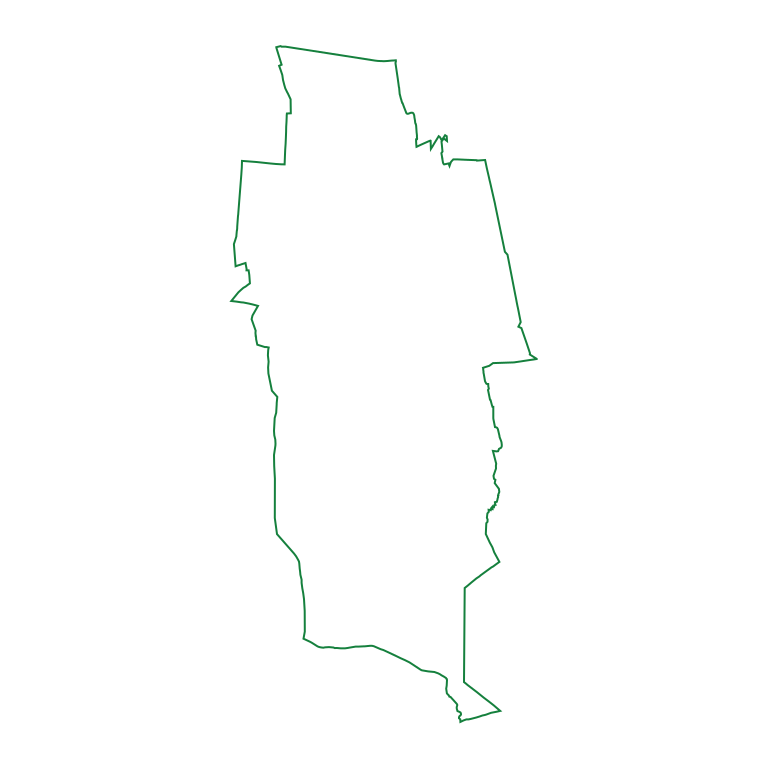 Corregidora, Querétaro, Mexico (Equal Earth projection)
{"feature_id": "50627088B75121451396907", "entity_name": "Corregidora", "entity_type": "district", "adm_level": 2, "iso_a3": "MEX", "parent_name": "Mexico", "parent_adm1": "Querétaro", "projection": "equal_earth", "projection_center": [-100.431, 20.478], "detail": "fine", "context": "isolated", "style": "outline", "palette": "green", "viewbox_px": 768, "rotation_deg": 0, "n_neighbors": 0, "source": "geoboundaries", "source_scale": "gbopen_adm2", "svg_char_len": 5909}
<svg xmlns="http://www.w3.org/2000/svg" viewBox="0 0 768 768"><path d="M317.4,646.3L318.5,646.8L319.9,647.2L321.6,647.5L323.4,647.7L324.7,647.4L325.7,647.3L329.0,647.1L333.4,647.5L334.9,648.1L335.8,648.0L337.0,648.0L340.4,648.3L342.3,648.3L345.3,648.3L348.1,647.9L349.1,647.7L355.6,646.6L358.6,646.6L362.3,646.4L365.0,646.3L370.1,645.8L372.0,645.8L373.8,646.2L380.7,649.2L383.3,650.0L396.1,656.0L399.8,657.8L400.4,658.1L404.9,660.1L409.5,662.4L420.6,669.7L421.8,670.3L424.1,670.7L428.2,671.4L434.4,672.0L438.3,673.4L440.2,674.4L441.5,675.3L443.7,676.5L446.0,678.0L446.4,678.8L446.7,678.9L446.8,679.4L447.0,679.9L446.7,685.6L446.2,688.7L446.9,693.4L447.7,694.3L448.8,695.4L449.4,696.7L450.5,696.9L456.8,703.9L457.3,705.0L456.7,707.2L456.8,708.8L457.5,711.1L459.5,711.9L460.5,712.5L460.9,713.4L461.0,714.5L460.5,715.4L459.6,716.0L459.0,717.2L459.0,718.2L460.3,719.4L460.3,720.0L460.4,721.9L463.6,720.4L466.4,719.4L468.5,719.4L470.9,718.9L476.3,717.5L479.6,716.5L482.4,715.5L484.8,715.0L486.2,714.6L491.1,712.8L495.8,711.9L497.7,711.5L500.2,710.9L493.8,705.4L491.0,703.2L489.2,701.8L483.8,697.7L476.5,691.8L476.2,691.6L468.1,685.4L467.7,685.1L465.7,683.4L464.0,682.1L464.7,588.0L467.5,585.8L471.5,582.4L474.7,579.8L475.9,578.8L476.4,578.4L479.4,576.4L480.6,575.3L491.7,567.2L492.4,566.9L492.9,566.6L493.1,566.5L496.2,564.2L499.4,561.9L494.2,552.3L492.4,547.3L489.8,542.6L485.8,534.0L486.3,523.2L487.5,521.8L487.6,519.5L486.9,517.8L487.4,513.4L488.8,511.8L488.6,509.8L490.7,510.2L490.8,509.2L492.2,509.2L491.4,507.9L492.5,506.6L492.8,507.8L493.9,507.4L494.5,504.9L495.5,504.9L494.9,502.5L494.9,502.2L496.8,501.8L497.4,499.8L497.5,499.3L497.6,498.5L498.1,497.3L498.0,495.6L498.4,495.4L498.3,494.4L498.7,493.5L499.3,491.9L498.9,488.8L494.7,483.1L495.4,479.8L494.0,478.8L493.5,475.8L496.0,468.5L495.9,465.8L496.2,463.7L492.9,450.9L496.6,451.4L498.1,451.2L499.0,448.9L501.1,447.7L501.7,446.5L501.8,445.0L501.5,442.3L501.1,441.0L499.6,437.1L499.4,435.6L497.9,429.2L497.1,427.8L495.8,427.2L495.0,427.1L493.4,419.1L493.3,418.0L493.3,406.9L492.5,406.9L491.9,405.1L490.6,400.2L490.4,399.8L490.0,399.7L488.2,390.8L488.1,390.4L488.0,390.0L488.8,388.7L488.3,386.3L488.2,384.0L487.8,384.0L487.4,384.0L486.5,383.8L486.0,383.1L485.4,382.0L485.0,381.1L483.8,374.1L483.5,372.8L483.5,371.7L483.4,370.8L483.3,370.2L483.2,369.4L483.2,368.6L483.0,367.8L489.3,365.8L493.0,363.1L514.0,362.4L536.7,359.0L536.7,358.9L529.8,354.5L530.0,353.3L526.8,343.7L521.4,328.1L518.4,326.7L520.7,322.1L520.5,321.1L518.8,312.5L518.8,312.4L517.7,307.0L517.6,306.7L516.7,302.2L516.0,298.4L515.2,294.4L507.5,254.7L504.9,251.8L495.4,206.0L494.9,203.4L491.2,187.2L490.9,185.8L489.9,181.5L489.7,180.8L489.0,177.6L486.8,168.1L485.1,160.0L480.9,160.3L476.9,160.6L476.7,160.2L471.5,160.0L466.3,159.8L457.5,159.4L455.5,159.4L453.3,159.4L451.5,161.3L450.9,162.1L450.4,163.5L449.8,165.1L449.5,166.0L449.1,165.0L448.8,163.4L444.1,164.4L443.9,164.2L443.6,163.9L443.4,163.6L443.3,163.4L443.2,163.1L443.0,162.7L442.2,158.2L442.3,158.2L441.4,153.3L441.4,153.2L441.5,153.0L441.5,152.9L441.8,152.5L441.9,152.4L442.1,152.2L442.2,151.9L442.3,151.8L442.5,151.6L441.8,144.3L441.6,142.7L441.5,141.6L443.8,138.4L445.7,140.0L447.0,141.0L446.9,139.4L446.8,137.7L446.7,136.2L446.0,135.8L445.1,135.2L444.3,136.4L444.0,136.9L443.1,138.2L441.9,139.8L441.6,140.2L440.0,137.2L438.7,136.2L434.2,143.5L433.2,145.2L432.7,146.1L430.9,148.9L430.6,140.7L430.4,140.6L428.6,141.3L421.2,144.6L416.5,146.8L416.3,144.7L416.1,141.4L416.1,139.3L417.0,139.2L417.1,138.7L416.9,136.5L417.0,136.1L416.8,134.0L416.6,132.3L416.5,130.8L416.4,129.3L416.3,127.9L416.1,125.3L415.8,124.1L415.7,124.1L415.3,123.1L415.1,121.8L415.0,120.7L414.8,119.5L414.6,118.4L414.4,117.3L414.3,116.1L414.1,115.0L413.6,113.9L413.4,113.4L412.7,112.8L411.3,112.7L410.5,112.9L410.4,112.9L408.4,113.7L407.5,113.8L406.7,113.5L406.3,113.0L405.9,111.9L403.8,106.5L402.6,103.2L402.3,103.1L401.6,101.1L401.3,99.8L400.9,98.7L399.8,94.3L399.7,94.2L399.1,87.6L398.9,87.1L398.4,83.3L397.7,78.2L395.8,65.4L395.6,64.1L395.5,63.3L395.5,62.7L395.7,62.2L395.8,61.8L395.9,61.4L395.8,60.3L393.5,60.5L391.4,60.6L387.3,61.0L383.9,61.2L382.0,61.1L379.2,61.0L377.6,60.9L375.1,60.6L341.8,55.4L296.0,48.3L286.3,46.8L285.7,46.7L284.2,46.7L282.2,46.7L281.9,46.7L281.6,46.7L281.4,46.6L281.1,46.4L280.9,46.2L280.6,46.1L276.3,47.2L276.5,48.2L281.0,62.8L281.5,64.4L281.6,64.7L279.1,65.8L280.7,70.2L282.3,75.0L283.0,79.9L284.3,85.0L285.3,88.4L287.3,92.5L287.8,93.3L290.6,99.3L290.8,113.3L286.9,113.5L286.7,115.4L286.7,116.6L286.5,121.7L286.5,121.8L286.2,126.6L286.1,131.8L285.9,137.2L285.9,137.3L285.6,143.9L285.2,149.7L284.9,156.9L284.9,157.1L284.6,164.4L281.2,164.3L276.1,164.0L270.6,163.5L261.1,162.5L256.4,162.0L242.0,160.9L241.8,167.3L241.3,174.8L238.4,211.8L238.2,214.6L238.0,215.9L237.3,225.5L237.2,227.2L237.2,228.2L237.0,230.2L236.9,230.3L236.7,232.1L236.4,235.5L236.4,236.2L236.3,236.6L235.2,240.2L233.9,244.1L235.6,266.3L238.1,265.4L240.4,264.7L242.0,264.1L243.7,263.6L245.5,263.0L246.6,269.0L246.5,270.3L248.6,270.3L249.3,275.0L249.9,283.1L249.9,283.4L248.0,284.7L245.7,286.5L243.4,287.8L240.9,290.0L238.4,292.3L236.6,294.5L231.3,301.0L236.4,301.6L238.4,301.9L241.0,302.3L243.4,302.5L249.0,303.6L252.4,304.4L255.1,305.1L258.0,305.9L252.5,315.5L251.6,319.2L255.7,330.8L255.5,331.9L255.5,333.8L255.7,335.1L255.9,336.1L255.7,336.2L256.1,337.8L256.1,339.1L257.3,344.7L265.0,347.1L266.1,347.0L268.7,347.5L268.2,350.0L267.9,355.3L268.6,361.7L268.1,367.4L268.4,373.5L270.1,381.8L271.9,390.7L277.3,396.9L276.7,403.2L276.7,404.2L276.2,412.7L274.7,418.0L274.0,430.9L274.3,435.4L275.3,439.6L275.5,443.7L275.4,445.6L274.0,455.0L274.2,466.0L274.9,478.7L274.8,518.0L277.0,534.1L294.0,553.5L296.1,556.3L298.1,559.8L299.0,561.6L299.3,563.6L299.7,568.5L300.1,571.6L300.4,574.8L301.6,579.7L301.6,582.9L302.3,588.2L303.2,593.1L304.0,599.1L304.7,610.9L304.8,631.6L303.5,638.7L310.1,641.8L311.9,642.8L317.4,646.3Z" fill="none" stroke="#15803d" stroke-width="2"/></svg>